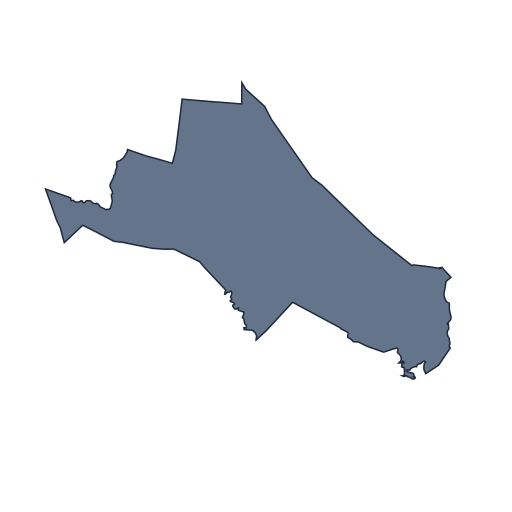 outline of San Ildefonso Amatlán, Oaxaca, Mexico, rotated 158°
{"feature_id": "50627088B2691831673313", "entity_name": "San Ildefonso Amatlán", "entity_type": "district", "adm_level": 2, "iso_a3": "MEX", "parent_name": "Mexico", "parent_adm1": "Oaxaca", "projection": "orthographic", "projection_center": [-96.462, 16.295], "detail": "fine", "context": "isolated", "style": "filled", "palette": "slate", "viewbox_px": 512, "rotation_deg": 158, "n_neighbors": 0, "source": "geoboundaries", "source_scale": "gbopen_adm2", "svg_char_len": 4850}
<svg xmlns="http://www.w3.org/2000/svg" viewBox="0 0 512 512"><g transform="rotate(158 256 256)"><path d="M287.5,178.0L275.0,182.7L239.4,199.4L205.0,158.1L204.2,156.0L203.2,155.3L202.2,153.8L201.1,152.8L200.2,151.7L199.4,150.2L199.9,149.0L200.9,147.5L201.4,146.5L201.4,146.1L200.1,144.4L199.0,143.1L198.3,141.3L198.0,140.2L193.3,137.9L186.7,130.5L173.6,119.0L163.0,118.4L161.7,117.9L160.7,118.2L159.8,118.0L159.4,117.3L159.3,116.7L159.6,115.9L159.9,115.0L160.3,114.7L160.9,113.9L160.8,112.7L160.1,111.7L159.8,110.7L159.5,109.5L159.4,108.4L159.7,106.8L160.1,105.7L160.9,104.8L161.7,104.2L162.4,103.9L163.7,103.3L162.3,102.9L161.4,102.7L160.4,102.9L159.4,103.5L158.8,102.4L158.5,101.4L160.5,101.6L161.3,101.3L161.5,100.2L162.5,98.8L162.2,98.1L161.1,97.6L160.5,96.9L160.9,95.7L161.5,93.6L162.4,91.4L163.2,90.1L163.9,89.8L165.3,90.2L164.1,88.9L163.7,88.7L163.1,88.7L162.8,89.0L162.6,89.0L162.2,89.0L162.0,88.8L161.6,88.5L161.2,88.2L161.0,87.9L160.9,87.9L160.6,87.7L160.7,87.3L160.5,87.1L160.1,86.8L159.5,86.6L159.2,86.4L159.0,86.0L158.6,85.5L158.0,84.9L157.6,84.0L157.3,83.6L156.7,83.3L155.7,82.9L155.1,82.8L154.0,83.3L153.8,83.7L154.1,83.9L154.1,84.4L154.5,84.9L155.2,85.0L155.4,85.2L154.8,85.5L154.4,85.8L154.1,86.3L154.1,86.9L154.0,87.6L154.2,88.2L154.8,88.9L156.5,89.9L157.1,90.2L157.4,90.7L157.6,90.9L157.9,91.2L158.3,91.5L158.8,91.7L159.0,91.9L159.2,92.0L159.3,92.3L159.4,92.8L159.4,93.2L159.3,93.5L159.2,93.7L159.2,93.8L158.9,93.7L158.7,93.7L158.3,93.5L157.2,93.1L157.0,92.9L156.8,92.9L156.6,92.8L156.5,92.7L156.3,92.5L156.2,92.5L155.4,93.3L154.4,93.7L153.2,94.0L151.4,94.0L150.9,94.0L150.1,93.7L149.5,93.7L149.1,93.6L148.6,93.2L148.2,93.7L147.8,94.2L147.1,94.7L146.6,95.0L146.2,95.0L145.8,94.9L145.6,94.9L144.6,94.7L143.3,94.7L143.1,94.7L142.9,95.0L142.6,95.2L141.2,95.4L140.4,95.6L139.9,95.6L139.4,95.5L139.0,95.2L138.9,94.7L138.6,94.0L138.8,93.9L139.0,93.8L139.8,93.5L140.2,93.2L140.4,93.0L140.8,92.3L141.3,91.5L141.9,90.4L142.2,89.7L142.3,89.1L142.6,88.7L142.7,87.8L142.9,87.2L143.0,86.6L142.7,85.9L142.6,85.5L142.8,85.0L142.8,83.3L127.8,86.3L127.5,86.4L110.8,97.6L110.4,97.9L110.3,98.1L110.3,98.4L110.4,98.8L110.7,99.3L110.7,99.6L110.6,100.3L110.4,100.8L109.3,101.4L109.0,102.0L108.8,102.5L108.6,103.6L108.4,105.2L108.2,106.1L107.7,107.5L107.7,107.9L108.0,108.7L108.1,109.3L108.1,109.8L107.9,111.5L107.3,113.6L106.7,114.5L106.2,115.1L105.8,115.4L105.2,115.6L104.7,116.1L104.2,117.3L103.2,120.7L104.0,120.9L104.2,121.2L104.3,121.4L104.2,121.6L103.4,121.8L103.2,121.9L101.5,122.9L99.6,123.9L99.0,124.6L98.4,125.3L97.8,127.3L97.6,128.7L97.5,129.7L97.1,132.4L96.5,134.5L95.9,136.2L95.3,137.4L94.9,138.5L94.6,139.5L94.7,140.1L95.0,140.6L96.0,141.5L96.5,142.4L96.8,143.3L96.7,145.2L96.7,147.0L96.5,148.5L96.1,150.0L95.5,151.2L93.6,154.2L91.6,157.4L89.8,160.4L89.5,160.9L89.0,161.2L88.5,161.5L83.2,163.2L87.5,174.6L87.8,175.4L89.3,175.4L88.4,175.9L91.0,176.4L91.9,176.6L95.6,178.9L95.9,179.1L97.4,179.9L98.3,180.5L98.5,180.6L103.4,183.4L113.6,188.9L115.1,188.7L139.5,231.8L156.7,270.5L168.3,296.9L174.7,307.6L190.6,377.1L191.9,391.5L203.0,414.4L203.6,418.3L204.2,422.0L212.3,402.3L228.2,410.3L231.8,412.1L234.3,413.3L235.7,413.9L264.3,428.4L265.7,429.2L275.2,412.0L290.8,384.1L298.8,373.3L304.4,377.7L311.8,383.5L320.1,389.7L330.0,398.3L335.2,402.9L336.6,400.7L339.6,398.4L342.5,396.5L346.2,395.5L349.5,395.6L350.9,393.3L351.4,391.5L352.4,389.6L353.6,388.4L354.8,386.9L355.7,385.1L357.5,384.0L359.1,381.8L360.8,380.2L362.7,378.8L364.6,376.8L365.4,374.5L365.0,371.1L365.2,369.3L365.5,367.7L367.1,367.1L367.9,364.7L368.4,361.5L369.6,359.4L371.6,356.8L373.3,354.8L375.0,354.4L376.8,355.1L378.0,355.4L378.8,356.1L379.2,357.1L380.1,357.7L380.9,358.7L382.0,359.9L382.1,360.4L382.2,360.7L383.0,363.4L383.4,364.0L384.1,364.6L384.9,364.7L385.6,364.7L386.1,365.1L387.3,366.1L387.9,367.1L388.1,368.3L389.6,369.6L390.7,370.1L391.1,370.3L392.7,370.7L393.7,370.4L394.3,370.0L394.9,369.6L396.0,370.0L396.4,371.2L396.5,372.1L397.2,372.8L398.5,372.6L399.2,372.5L399.6,372.5L400.2,372.5L402.2,373.1L402.6,373.3L403.3,373.7L403.8,374.3L404.1,375.1L404.4,376.1L406.7,376.3L406.1,379.4L426.1,397.0L426.8,379.3L427.5,363.7L426.9,355.6L428.8,340.2L405.2,349.4L397.1,340.3L382.2,322.8L375.3,319.1L349.2,301.9L339.0,296.9L329.5,293.1L310.5,271.9L307.7,263.7L296.8,235.7L298.3,234.2L299.4,232.3L299.1,232.0L296.0,233.0L294.2,232.5L292.3,232.9L292.1,231.1L292.9,229.7L294.7,227.8L294.9,226.8L294.4,225.7L294.9,224.9L296.6,224.2L296.8,223.5L294.7,221.5L293.8,220.2L294.1,219.3L295.9,219.1L296.4,218.4L295.9,215.8L295.6,214.7L293.7,214.2L292.0,214.7L291.7,214.5L291.7,214.2L292.4,213.4L292.7,212.4L292.5,212.1L288.2,208.4L289.5,206.2L291.6,204.4L291.0,202.2L291.8,197.2L291.3,196.5L291.1,194.5L292.1,193.0L294.1,194.1L294.5,192.1L287.7,188.8L286.3,187.4L286.4,186.7L285.4,184.8L285.3,181.7L287.4,178.4L287.5,178.0Z" fill="#64748b" stroke="#1e293b" stroke-width="1.5"/></g></svg>